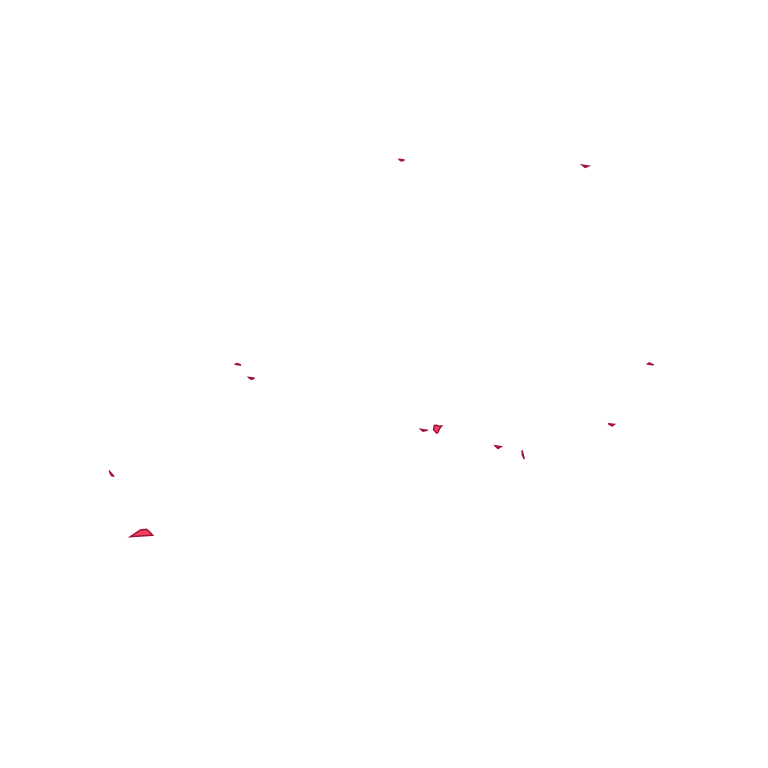 an SVG outline of Baa, rotated 53°
{"feature_id": "MDV-5228", "entity_name": "Baa", "entity_type": "Atoll", "adm_level": 1, "iso_a3": "MDV", "parent_name": "Maldives", "parent_adm1": "", "projection": "orthographic", "projection_center": [73.003, 5.117], "detail": "fine", "context": "isolated", "style": "filled", "palette": "rose", "viewbox_px": 768, "rotation_deg": 53, "n_neighbors": 0, "source": "natural_earth", "source_scale": "10m", "svg_char_len": 1029}
<svg xmlns="http://www.w3.org/2000/svg" viewBox="0 0 768 768"><g transform="rotate(53 384 384)"><path d="M365.5,659.8L353.5,678.1L353.3,678.4L354.0,666.1L357.2,661.1L361.5,660.1L365.5,659.8ZM452.1,363.3L453.2,366.9L455.0,369.7L455.0,371.5L450.3,371.9L447.4,368.7L448.4,367.0L450.6,365.7L452.1,363.3ZM504.5,328.2L504.1,331.8L500.3,332.5L500.1,332.5L504.5,328.2ZM554.8,224.5L554.8,227.1L550.6,228.8L554.8,224.5ZM333.0,89.6L332.1,93.0L328.5,93.9L333.0,89.6ZM301.4,483.9L301.3,484.2L300.7,486.7L300.6,487.1L298.9,487.7L297.3,488.2L297.2,488.2L301.4,483.9ZM446.8,377.6L446.8,377.8L445.1,381.3L442.4,381.8L446.8,377.6ZM288.7,655.8L295.3,655.2L295.1,655.3L292.9,656.8L288.9,656.0L288.7,655.8ZM531.2,157.2L531.0,157.3L526.7,161.4L526.7,159.5L531.2,157.2ZM217.5,232.8L217.4,232.9L216.4,235.8L213.5,237.0L213.2,237.1L217.5,232.8ZM520.1,313.7L520.5,313.8L523.9,315.3L528.4,317.1L528.0,317.0L524.1,316.3L520.1,313.7ZM282.9,486.9L278.7,491.0L278.4,491.3L279.6,488.6L282.9,486.9Z" fill="#f43f5e" stroke="#9f1239" stroke-width="1.5"/></g></svg>